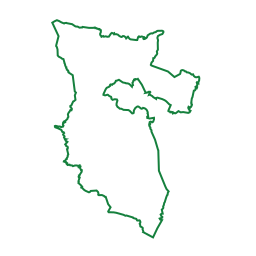 Ejutla, Jalisco, Mexico, rotated 268°
{"feature_id": "50627088B36966342842371", "entity_name": "Ejutla", "entity_type": "district", "adm_level": 2, "iso_a3": "MEX", "parent_name": "Mexico", "parent_adm1": "Jalisco", "projection": "mercator", "projection_center": [-104.07, 19.901], "detail": "fine", "context": "isolated", "style": "outline", "palette": "green", "viewbox_px": 256, "rotation_deg": 268, "n_neighbors": 0, "source": "geoboundaries", "source_scale": "gbopen_adm2", "svg_char_len": 5882}
<svg xmlns="http://www.w3.org/2000/svg" viewBox="0 0 256 256"><g transform="rotate(268 128 128)"><path d="M235.9,56.0L222.2,61.8L213.0,59.1L212.2,59.1L211.4,59.7L208.9,60.3L202.9,60.3L201.7,61.3L200.4,63.6L199.6,64.4L199.1,65.9L195.4,66.8L195.2,66.7L193.9,67.3L192.8,67.4L191.0,68.1L190.8,68.5L190.1,68.3L189.1,68.9L188.4,68.9L187.6,70.1L186.6,70.5L186.2,70.2L185.6,70.5L182.7,74.6L166.4,76.1L165.2,77.2L162.5,76.0L158.0,76.5L156.7,74.9L156.4,74.1L152.6,72.2L152.0,71.1L151.1,71.1L149.4,72.5L148.6,72.5L147.7,72.1L148.0,71.1L146.2,70.0L145.7,69.4L143.8,68.4L141.2,68.8L140.5,68.2L139.2,67.8L137.2,65.5L136.2,65.5L136.2,65.1L135.6,64.7L135.8,64.0L136.3,63.9L135.8,63.4L133.4,63.0L132.8,63.6L131.7,63.2L131.2,61.2L131.9,60.0L131.9,58.5L132.7,55.8L132.5,55.0L131.7,55.0L131.2,55.4L130.2,57.9L128.8,60.6L128.3,61.4L126.4,62.2L126.0,63.6L125.2,64.0L124.8,63.5L123.6,62.9L121.9,64.3L120.7,63.7L119.1,64.9L119.0,65.4L118.7,64.7L117.3,65.4L116.3,67.0L115.7,66.6L114.7,65.3L113.7,64.7L113.3,65.3L112.0,65.7L111.6,66.8L110.9,67.2L109.4,67.0L109.0,66.3L103.6,67.4L102.8,66.8L101.3,66.7L100.1,65.8L99.2,65.8L98.8,64.7L97.5,64.3L97.2,62.9L96.7,62.7L96.2,64.0L96.4,64.7L95.8,65.2L95.3,65.0L94.8,65.2L95.0,66.0L94.9,66.1L94.0,65.6L93.1,66.4L93.4,68.4L92.8,68.8L92.5,70.9L91.8,71.6L92.4,73.7L92.3,75.8L91.8,76.7L92.4,78.4L91.6,78.6L91.3,79.2L91.0,79.2L90.2,78.0L90.0,78.6L87.7,79.5L87.7,80.2L87.5,80.4L86.4,80.1L85.9,80.2L83.7,78.6L82.5,78.0L82.4,77.5L81.8,77.7L81.3,77.0L80.3,77.1L80.0,77.9L76.5,76.6L75.9,77.0L74.8,76.5L72.1,79.3L70.9,80.1L70.3,79.2L70.1,79.2L69.9,79.9L67.5,82.2L66.6,83.6L65.1,86.7L65.3,87.5L66.4,88.6L66.6,94.4L65.1,95.8L63.6,96.2L62.4,95.9L62.1,96.1L61.9,96.5L61.9,99.6L60.9,101.7L60.1,102.3L60.0,103.3L52.6,105.5L49.4,107.8L45.3,105.3L44.5,105.7L44.2,110.7L43.7,113.2L41.4,120.5L40.4,122.3L40.6,123.4L38.4,129.9L37.8,130.2L36.9,133.1L35.3,133.9L35.1,134.8L35.4,136.0L35.1,136.6L33.7,137.1L32.9,137.0L31.9,136.3L30.7,136.8L29.5,136.8L29.0,137.1L28.9,137.6L28.0,138.9L27.4,139.3L26.3,139.0L23.8,139.8L23.4,139.5L17.8,149.2L26.7,153.8L34.8,158.8L35.3,157.1L36.4,156.5L37.2,159.1L38.0,159.2L38.7,158.3L40.4,157.6L41.1,158.5L41.2,159.7L45.2,158.9L46.3,160.1L47.0,160.5L48.5,160.4L49.4,161.0L51.9,161.6L52.5,162.1L57.4,163.8L59.5,164.7L59.8,165.2L62.0,165.6L63.2,166.4L65.6,164.4L68.4,163.2L84.2,157.4L104.7,157.5L104.9,157.3L115.4,154.6L123.6,151.3L124.9,151.4L126.5,150.3L127.8,150.4L128.8,149.6L130.0,149.3L130.4,149.3L130.3,149.9L131.3,150.4L131.9,149.6L133.2,149.9L133.6,150.9L132.9,152.6L133.5,153.4L135.9,154.3L137.3,154.3L136.7,150.0L137.4,147.6L138.2,147.6L138.0,148.1L138.6,148.6L141.6,148.3L141.9,148.0L143.0,148.3L144.9,147.6L145.9,146.9L147.1,145.4L147.6,143.7L147.0,143.2L146.8,142.0L149.0,139.3L149.2,138.5L148.9,137.6L147.6,135.9L145.3,134.5L142.9,134.2L142.4,133.3L142.5,132.6L145.0,130.4L145.9,129.1L146.3,124.2L147.5,122.0L147.6,120.4L149.1,118.9L149.2,118.4L151.3,117.3L153.2,117.5L155.8,118.4L156.9,117.9L157.2,115.8L156.7,113.5L157.9,112.4L159.2,112.4L159.8,112.1L160.5,110.5L161.8,109.2L162.0,108.8L161.4,106.2L162.0,104.6L162.8,104.7L167.4,107.0L168.9,108.1L169.9,110.6L170.5,111.0L170.7,111.6L171.7,111.6L172.1,112.0L172.2,112.6L171.7,113.6L172.5,114.4L173.0,115.8L174.7,117.2L175.6,117.5L175.8,118.8L176.5,120.6L173.7,124.4L173.1,127.0L172.7,127.6L172.6,129.2L172.2,130.3L171.5,131.3L169.1,133.4L170.4,133.8L170.7,134.5L173.0,134.0L174.0,134.8L174.9,134.9L175.3,135.5L175.8,135.6L175.7,136.2L176.4,136.1L176.7,136.9L176.3,139.1L176.7,139.6L170.7,143.4L163.5,146.5L163.0,147.1L162.5,146.7L162.7,148.3L163.5,150.1L163.4,151.3L163.1,151.5L162.5,150.9L160.4,150.1L160.8,151.1L160.1,151.6L159.1,153.3L157.9,154.4L156.2,157.0L157.0,157.0L157.3,158.5L155.7,163.2L154.5,165.6L153.3,167.2L150.2,170.1L149.4,171.5L144.1,169.0L143.4,169.0L142.7,170.7L142.2,170.8L142.1,171.4L142.6,171.7L142.3,172.2L142.4,173.2L141.0,173.4L141.5,174.6L141.0,175.6L141.3,176.5L143.1,179.0L141.8,181.2L142.0,183.7L141.0,188.7L141.5,190.1L142.9,191.0L143.1,190.4L143.1,191.2L143.3,190.1L144.3,190.0L144.8,189.4L145.5,189.1L146.1,189.3L146.3,189.0L147.1,189.3L146.6,190.1L145.8,190.0L145.8,190.5L147.3,191.7L147.2,191.9L148.3,192.5L149.2,192.7L149.4,192.3L151.2,192.3L151.2,192.1L155.3,192.8L156.6,193.5L163.0,195.1L163.1,195.9L163.6,196.5L165.2,197.0L165.1,198.0L166.3,198.5L166.9,197.2L168.0,198.6L169.4,198.7L171.1,198.3L171.3,198.5L170.2,199.9L171.7,200.0L172.8,200.7L175.0,201.0L176.2,200.9L176.8,200.5L176.3,198.4L176.5,197.0L177.5,195.8L179.4,194.8L179.1,194.1L179.2,193.4L180.8,191.6L181.5,189.8L181.5,188.8L182.6,187.7L182.6,187.0L183.6,185.8L184.0,184.5L183.8,183.4L183.3,182.8L180.5,182.1L180.1,181.8L177.3,176.2L183.1,169.9L189.3,154.4L189.8,153.4L190.3,153.0L192.6,153.8L194.2,155.4L196.9,155.7L196.9,156.5L197.5,157.2L198.4,157.5L200.5,159.4L201.4,159.8L203.6,159.5L205.2,160.6L212.3,160.7L214.7,161.1L217.0,160.5L218.8,161.1L220.0,163.2L220.7,165.6L222.4,166.7L223.3,166.7L223.7,166.2L224.0,165.5L224.1,161.2L223.7,160.0L222.9,159.1L222.6,157.5L221.6,155.8L221.8,154.8L221.5,153.5L219.9,150.9L218.1,150.2L217.3,149.5L216.4,147.8L216.3,146.9L216.6,146.6L217.6,148.1L218.3,147.3L218.3,146.6L219.0,145.0L218.5,143.2L218.9,143.0L219.2,142.1L218.5,141.3L215.6,140.3L215.6,139.3L216.5,133.7L216.9,132.9L218.7,131.4L220.0,131.1L218.9,130.8L217.6,129.3L218.7,128.8L219.8,127.5L220.1,126.2L219.2,124.9L219.3,124.3L220.2,122.6L221.6,121.2L222.2,119.5L222.1,117.4L223.2,117.4L222.9,116.7L223.6,115.2L222.9,114.2L220.0,112.1L219.9,110.4L220.4,109.0L220.1,107.0L220.8,106.4L220.1,104.7L221.0,104.4L221.3,103.9L222.1,103.5L223.0,103.4L224.8,104.2L226.7,104.3L227.6,102.4L228.0,102.6L228.3,100.5L228.9,100.1L228.9,98.7L229.6,98.4L229.3,96.8L229.4,92.7L230.6,86.1L230.1,85.8L230.0,83.0L231.1,81.2L231.2,79.6L231.5,78.8L233.7,75.8L234.9,70.6L235.2,70.1L235.1,68.5L234.7,67.8L235.9,65.1L237.3,62.9L238.2,60.7L237.3,58.5L235.9,56.0Z" fill="none" stroke="#15803d" stroke-width="2"/></g></svg>